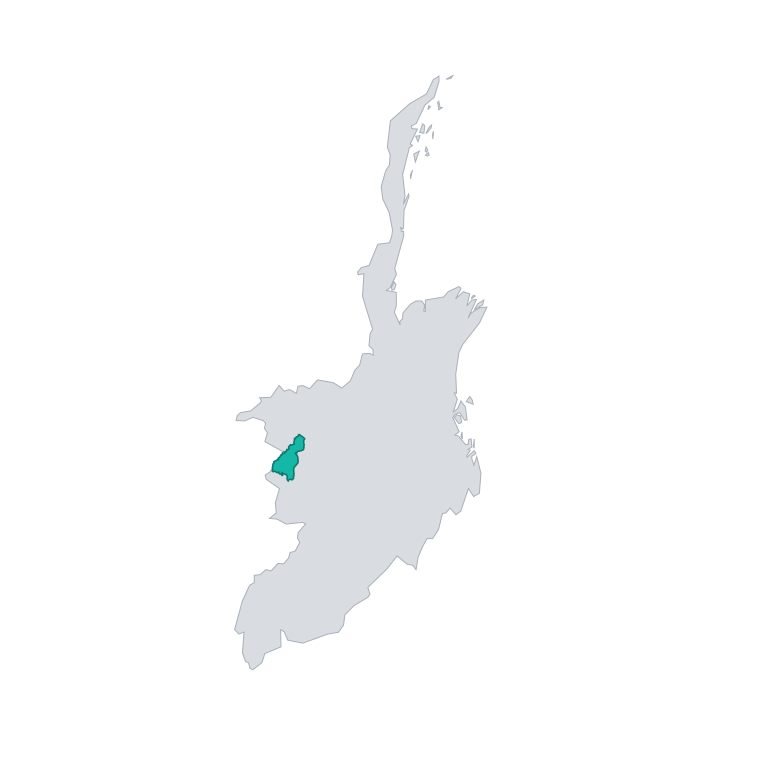 location of Matman, Shan, Myanmar, rotated 200°
{"feature_id": "60261553B76959974834297", "entity_name": "Matman", "entity_type": "district", "adm_level": 2, "iso_a3": "MMR", "parent_name": "Myanmar", "parent_adm1": "Shan", "projection": "natural_earth1", "projection_center": [98.878, 22.187], "detail": "fine", "context": "in_parent", "style": "filled", "palette": "teal", "viewbox_px": 768, "rotation_deg": 200, "n_neighbors": 0, "source": "geoboundaries", "source_scale": "gbopen_adm2", "svg_char_len": 8955}
<svg xmlns="http://www.w3.org/2000/svg" viewBox="0 0 768 768"><g transform="rotate(200 384 384)"><path d="M482.1,346.8L475.5,343.1L470.7,346.5L463.2,345.2L464.0,352.4L459.8,354.8L452.3,354.1L447.9,365.1L432.4,367.9L422.2,365.8L416.6,375.6L416.2,386.7L413.4,393.4L414.5,404.9L407.9,407.9L403.9,407.3L406.1,412.6L411.3,414.9L414.3,426.9L413.4,431.5L434.2,459.1L440.6,480.8L445.5,477.9L447.1,480.1L445.0,485.8L438.6,490.2L437.6,513.2L427.1,518.6L427.4,526.3L428.7,531.7L437.9,547.0L448.4,557.4L454.2,568.6L455.3,584.8L453.8,591.6L456.6,601.4L461.9,607.8L468.0,633.5L455.7,656.2L443.3,671.1L441.7,686.9L437.7,692.1L435.8,687.2L434.9,670.6L440.9,660.2L442.8,639.9L446.7,635.6L444.7,633.6L439.8,635.0L441.5,618.6L438.8,618.0L441.0,614.5L438.1,587.2L428.6,568.0L427.3,559.7L425.9,570.9L424.7,568.7L424.5,553.7L419.0,537.2L419.6,535.7L422.1,537.2L419.8,533.4L417.9,534.3L416.2,530.2L413.4,496.1L409.8,491.3L411.2,476.5L413.8,472.8L403.8,474.3L399.2,461.9L398.9,455.1L388.9,444.8L390.6,448.1L388.9,451.5L390.5,457.3L386.4,468.0L382.3,473.0L376.8,474.9L372.6,471.9L371.7,466.2L369.9,466.1L373.8,477.0L357.7,486.2L355.3,492.7L346.9,501.2L344.4,500.1L345.8,488.6L340.9,497.8L334.2,498.0L332.8,485.8L330.1,492.9L326.1,495.1L327.5,474.7L326.3,480.6L319.9,488.7L313.6,491.4L315.1,474.5L323.6,447.9L324.4,439.2L320.0,417.9L312.7,400.1L314.9,399.8L309.9,394.6L309.3,381.4L306.3,386.1L305.9,394.4L299.6,390.2L293.6,378.6L296.1,377.6L303.0,383.0L306.9,380.0L308.0,376.2L297.1,364.9L299.9,360.4L296.3,360.5L286.9,355.1L284.3,356.0L285.4,360.8L283.4,362.2L279.9,354.9L282.6,351.3L280.3,351.2L281.8,344.7L280.9,343.7L276.5,352.3L273.9,350.3L276.8,346.0L275.7,343.5L271.7,338.4L272.0,347.5L262.4,333.3L257.0,313.9L261.3,308.9L268.9,314.7L268.4,290.8L271.7,285.7L279.5,290.0L281.8,283.9L284.8,282.3L283.0,265.9L285.5,255.3L290.7,253.5L292.0,245.0L292.8,233.4L290.4,220.5L295.1,223.6L300.5,222.5L312.9,226.9L317.7,211.9L329.6,187.4L325.3,181.7L326.1,178.2L336.5,165.4L341.8,153.9L339.6,143.6L341.9,135.1L351.3,129.8L371.7,112.7L386.8,110.4L393.0,117.1L397.1,117.7L390.9,101.8L403.8,89.9L403.4,80.5L409.5,70.6L412.8,71.0L415.9,75.8L419.2,75.8L425.1,83.0L430.6,103.0L434.9,99.4L440.4,102.3L442.9,131.7L441.4,148.9L438.0,152.8L440.5,159.9L435.2,162.4L431.5,169.2L426.1,169.7L422.4,179.1L417.0,180.5L414.1,187.8L414.7,193.4L410.4,196.6L408.9,206.1L412.7,209.9L413.8,215.0L409.8,225.7L413.2,226.1L428.0,219.0L438.5,220.4L445.6,218.6L441.1,225.9L445.5,235.4L446.4,250.0L462.0,254.1L464.5,257.8L461.1,262.3L455.7,285.8L476.2,289.1L476.8,298.2L481.2,301.5L481.8,306.5L484.6,308.2L495.7,307.9L502.2,301.7L510.5,299.0L511.0,304.2L509.1,308.0L500.0,313.2L493.8,324.0L493.4,326.4L496.2,328.5L485.7,332.8L482.1,346.8ZM300.0,372.3L306.5,376.6L305.2,379.9L301.1,380.1L297.9,374.4L300.0,372.3ZM430.5,603.4L434.7,610.3L430.5,614.9L430.5,603.4ZM299.1,401.7L295.6,399.1L293.3,395.5L300.6,395.6L299.1,401.7ZM436.6,632.7L436.7,641.7L434.0,640.7L432.3,633.2L436.6,632.7ZM323.4,491.3L319.0,497.0L318.3,492.1L324.5,485.0L323.4,491.3ZM409.5,483.4L406.8,481.6L406.5,476.4L408.6,474.9L410.2,477.5L409.5,483.4ZM427.9,643.7L427.3,640.7L430.1,633.5L429.7,639.8L427.9,643.7ZM426.3,660.4L429.9,667.1L429.3,668.5L426.0,663.2L423.8,663.6L426.3,660.4ZM439.0,627.7L435.2,629.6L434.9,623.4L439.0,627.7ZM429.9,691.6L424.9,697.4L425.5,694.1L429.9,691.6ZM278.7,355.9L280.4,363.2L277.4,354.5L278.7,355.9ZM430.6,589.3L430.4,594.8L429.2,585.9L430.6,589.3ZM293.7,361.0L294.3,365.7L291.5,359.1L293.7,361.0ZM425.5,621.2L422.6,618.4L423.6,616.4L425.0,616.9L425.5,621.2ZM423.4,613.1L421.6,616.8L419.8,614.6L421.2,613.0L423.4,613.1ZM423.8,635.2L423.9,638.4L421.8,630.9L423.8,635.2ZM330.2,498.0L328.2,497.9L330.9,494.2L331.2,495.5L330.2,498.0ZM437.1,661.0L435.2,660.4L436.6,656.8L437.1,661.0Z" fill="#d9dde1" stroke="#a8b0b8" stroke-width="1"/><path d="M439.9,304.6L439.7,305.2L439.7,305.4L439.8,305.5L440.1,305.6L440.4,305.7L440.5,305.8L440.8,305.8L441.0,306.0L441.4,306.2L441.9,306.4L442.4,306.4L442.9,306.5L443.5,306.9L443.9,306.8L444.2,306.9L444.3,306.9L444.6,307.1L445.0,307.2L445.4,307.4L446.1,307.5L446.2,307.4L446.3,307.5L446.7,307.4L447.1,306.8L447.1,306.6L447.1,306.3L447.0,306.2L446.8,306.0L446.9,305.2L447.0,305.0L447.4,304.8L447.5,304.8L447.6,304.6L447.8,304.6L448.1,304.4L448.0,304.2L448.3,304.0L448.4,303.9L448.4,303.7L448.5,303.6L448.4,303.2L448.7,302.9L448.9,302.5L449.0,302.5L449.5,302.3L449.5,302.2L449.5,301.9L449.3,301.7L449.0,301.3L448.9,301.2L449.0,301.1L449.2,300.9L449.2,300.7L448.9,300.1L448.8,299.7L448.9,299.3L448.8,299.1L448.7,298.8L448.8,298.3L448.4,298.0L448.2,297.7L447.9,297.4L447.9,297.1L447.7,296.9L447.9,296.6L448.1,296.3L448.4,296.3L449.0,296.0L449.2,295.8L449.4,295.6L449.6,295.4L449.9,294.9L450.0,294.9L450.3,294.7L450.6,294.6L450.8,294.7L450.9,294.9L451.0,295.0L451.2,294.9L451.3,294.7L451.4,293.9L451.5,293.7L451.6,293.4L451.6,293.2L451.8,292.8L452.1,292.7L452.1,292.3L452.1,292.1L452.0,291.9L451.7,291.7L451.6,290.9L451.4,290.8L451.0,290.6L451.0,290.4L451.1,290.2L451.3,290.1L451.4,289.9L451.6,289.7L452.0,289.4L452.2,289.0L452.4,289.0L452.5,289.0L452.8,289.2L452.9,288.6L453.0,288.1L453.0,287.9L452.9,287.6L452.9,287.3L452.9,287.1L452.9,286.8L453.0,286.6L453.4,286.6L453.5,286.5L453.6,286.3L453.6,286.2L453.9,286.1L454.3,286.1L454.1,285.9L453.8,285.8L453.8,285.7L453.7,285.5L453.6,285.4L453.6,285.1L453.8,285.0L453.9,284.9L454.1,284.8L454.3,284.7L454.6,284.6L454.9,284.5L455.1,284.4L455.4,284.5L455.6,284.5L455.7,284.4L455.8,284.3L455.7,284.2L455.2,284.1L455.2,283.9L455.2,283.7L455.5,283.3L455.5,283.1L455.7,282.9L455.8,282.8L456.0,282.5L456.0,282.2L456.3,282.1L456.5,282.1L456.8,281.7L456.7,281.3L456.7,281.0L456.8,280.6L456.8,280.1L456.9,279.7L457.1,279.5L457.3,279.2L457.4,278.9L457.5,278.7L458.0,278.4L458.0,277.9L457.9,277.7L457.7,277.5L457.3,277.2L457.2,276.9L457.5,276.6L458.0,276.6L458.3,276.4L458.7,276.0L458.8,275.8L459.0,275.4L459.1,275.2L459.5,275.0L459.6,274.9L459.7,274.7L460.2,274.2L460.4,274.0L460.5,273.8L460.7,273.6L460.9,273.5L460.9,273.4L461.0,273.2L460.9,273.0L460.6,272.8L460.4,272.6L460.3,272.3L460.3,272.1L460.4,271.9L460.8,271.3L461.0,270.7L460.7,269.8L460.6,269.4L460.4,268.5L460.3,268.0L460.4,267.7L460.1,267.6L460.0,267.4L460.0,267.2L459.8,266.2L459.5,265.9L459.3,265.6L459.1,265.4L459.1,265.2L459.3,265.1L459.4,264.9L459.4,264.7L459.4,264.4L459.4,264.1L458.9,263.9L458.6,263.8L458.1,263.6L457.9,263.7L457.7,263.9L457.2,264.3L456.9,264.6L456.7,264.7L456.1,264.6L455.9,264.6L455.7,264.4L455.3,264.4L454.9,264.3L454.6,264.1L454.3,264.1L454.0,264.2L453.8,264.4L453.4,264.5L453.1,264.5L453.0,265.0L452.9,265.2L452.5,265.2L452.4,264.8L452.1,264.3L451.8,264.0L451.4,263.8L451.2,263.8L450.9,263.8L450.7,264.0L450.4,264.2L450.1,264.1L449.9,264.1L449.6,263.9L449.4,263.8L449.3,263.7L449.0,263.6L448.8,263.4L448.6,263.2L448.5,263.3L448.3,263.3L448.2,263.4L448.4,263.5L448.5,263.6L448.5,263.8L448.5,264.0L448.8,264.6L448.8,264.8L449.1,264.9L449.1,265.0L449.4,265.4L449.4,265.6L449.5,265.8L449.5,266.1L449.4,266.1L449.2,266.0L449.1,265.9L448.8,265.8L448.3,265.2L448.2,265.0L448.1,264.9L447.9,264.9L447.7,265.2L447.0,265.5L446.7,265.6L446.1,265.4L445.9,265.2L445.6,265.3L445.3,265.5L445.2,265.5L444.8,265.3L444.6,265.3L444.4,265.1L444.3,264.9L444.2,264.9L443.4,264.4L443.3,264.2L443.3,263.9L443.2,263.9L443.0,262.9L442.8,261.9L442.6,261.6L442.3,261.3L442.2,261.2L441.9,260.7L441.0,260.1L440.7,260.1L440.6,261.2L440.5,261.6L440.3,261.8L440.2,262.2L440.1,262.3L439.1,262.5L438.6,262.4L438.1,262.4L438.0,262.5L437.7,262.4L437.6,262.5L437.4,262.9L437.3,263.4L437.2,263.6L436.7,264.0L436.6,264.3L437.1,265.1L437.3,265.4L437.5,265.8L437.5,266.0L437.2,266.2L437.2,266.4L437.2,266.7L437.5,267.2L437.6,267.3L437.7,267.6L437.6,267.9L437.7,268.1L437.7,268.6L437.7,268.8L437.8,268.9L438.1,268.9L438.4,269.9L438.9,271.0L439.2,271.3L439.3,271.7L439.3,272.0L439.3,272.5L439.6,272.9L439.9,273.2L439.8,273.6L440.0,274.5L440.0,274.8L440.0,275.2L439.6,275.4L439.5,275.6L439.4,276.0L439.4,276.5L439.3,277.0L439.2,277.4L438.7,277.7L438.7,277.8L438.7,278.3L438.5,278.7L438.3,279.4L438.4,279.6L438.4,279.8L438.0,279.9L438.0,281.7L438.3,282.2L438.5,282.4L438.5,282.7L438.7,283.1L438.8,283.2L438.9,283.5L439.1,283.6L439.2,283.9L439.3,284.3L439.5,284.6L439.5,284.8L440.0,285.4L440.1,285.7L440.2,286.1L440.7,286.6L440.9,286.9L441.9,287.6L442.9,288.0L443.5,288.2L443.6,288.4L443.6,288.7L443.5,289.1L443.3,289.2L443.1,289.1L442.5,289.1L442.4,289.1L442.4,289.5L442.6,289.8L442.5,290.5L442.4,290.6L442.2,290.7L442.1,290.8L442.0,291.0L441.8,291.4L441.5,291.5L441.1,291.7L440.9,291.7L440.7,292.0L440.1,292.4L439.4,292.7L439.2,292.9L439.1,293.0L438.8,293.1L438.7,293.2L438.5,293.7L438.2,293.9L437.9,294.0L437.6,294.2L437.4,294.5L437.2,294.9L437.3,295.1L437.4,295.7L437.4,296.4L437.5,296.5L437.5,296.9L437.5,297.1L437.8,297.2L437.9,297.3L438.0,297.5L438.1,298.1L438.0,298.8L438.2,299.5L438.5,300.0L439.0,300.6L439.0,300.9L439.2,301.2L439.3,301.3L439.7,302.1L439.7,302.5L439.9,302.8L439.9,303.1L440.1,303.4L440.1,303.7L439.9,304.5L439.9,304.6Z" fill="#14b8a6" stroke="#0f766e" stroke-width="1.5"/></g></svg>